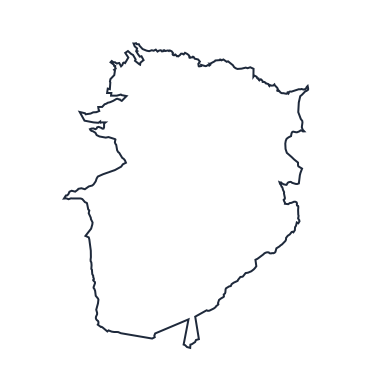 Acajete, Veracruz, Mexico, rotated 173°
{"feature_id": "50627088B80053246551902", "entity_name": "Acajete", "entity_type": "district", "adm_level": 2, "iso_a3": "MEX", "parent_name": "Mexico", "parent_adm1": "Veracruz", "projection": "robinson", "projection_center": [-97.045, 19.566], "detail": "fine", "context": "isolated", "style": "outline", "palette": "slate", "viewbox_px": 384, "rotation_deg": 173, "n_neighbors": 0, "source": "geoboundaries", "source_scale": "gbopen_adm2", "svg_char_len": 5975}
<svg xmlns="http://www.w3.org/2000/svg" viewBox="0 0 384 384"><g transform="rotate(173 192 192)"><path d="M288.7,63.2L286.6,62.6L282.4,62.0L279.8,60.5L249.4,51.4L246.7,52.4L246.9,54.0L245.8,56.1L211.0,66.0L218.9,41.6L217.6,40.9L215.8,38.7L212.8,37.5L212.2,40.7L210.6,41.0L207.2,42.7L206.1,44.6L203.1,45.1L204.0,67.9L191.9,72.8L190.7,72.1L189.2,72.1L184.6,73.7L182.7,74.8L182.0,75.7L180.1,76.8L179.5,77.4L179.8,78.4L178.3,81.6L176.2,82.8L173.4,84.0L173.0,84.6L173.0,86.4L171.6,87.3L171.1,88.4L170.5,91.4L169.9,92.3L166.6,93.8L165.0,93.9L163.9,95.7L161.7,96.9L157.6,98.2L156.9,99.3L154.3,101.8L152.7,101.7L151.7,102.0L148.7,105.0L146.2,105.1L142.8,106.1L140.1,107.7L138.6,109.0L137.2,110.5L137.3,117.0L135.2,117.7L128.9,121.3L127.6,122.3L126.2,122.8L124.8,123.0L123.2,122.7L122.5,121.8L121.1,121.4L119.9,121.6L118.9,121.3L117.5,121.6L116.5,122.4L115.1,125.8L111.7,127.4L110.7,128.2L109.2,128.9L105.3,132.0L104.5,133.3L104.2,135.0L102.3,136.9L100.1,138.0L98.0,140.1L97.2,140.3L96.3,139.6L94.6,141.5L94.0,144.5L92.9,145.8L91.7,149.0L90.3,148.0L88.9,149.8L89.0,151.1L89.4,151.5L89.7,152.5L89.6,153.1L89.8,153.2L89.1,155.3L89.3,156.4L88.9,161.0L88.3,164.2L88.4,165.2L89.4,165.8L89.5,166.7L89.2,168.0L89.5,169.0L90.5,169.7L92.0,169.9L94.6,169.1L96.3,169.1L98.0,168.2L101.2,169.0L101.0,169.8L101.9,172.4L101.9,173.2L101.0,173.6L100.5,174.6L100.9,179.4L100.6,180.6L101.5,183.3L101.6,184.8L102.0,186.0L102.4,186.3L102.8,188.0L103.6,189.3L103.9,190.9L103.3,190.5L102.9,190.7L102.4,190.6L102.2,190.1L100.2,188.5L97.9,187.7L97.3,187.6L95.8,189.5L94.9,189.9L93.2,190.1L92.2,189.7L91.5,188.9L88.1,187.4L86.7,187.1L84.9,187.5L82.9,195.5L82.0,197.8L79.9,201.8L83.3,204.5L83.5,205.7L83.2,208.3L86.7,211.9L88.7,214.4L93.1,219.3L93.9,223.3L93.5,228.7L92.7,231.4L91.6,233.3L89.5,234.5L86.9,235.4L86.1,238.0L85.3,239.2L84.3,239.6L81.4,238.6L80.4,238.5L78.1,239.1L76.6,239.9L75.3,239.4L74.5,238.6L73.2,238.5L74.6,240.4L75.1,243.0L73.9,247.5L73.9,249.1L75.1,251.2L76.8,258.3L75.1,267.8L72.9,273.9L71.0,275.1L67.3,278.1L66.0,278.4L64.3,279.4L64.1,280.6L64.3,283.1L65.3,282.3L66.0,281.2L67.1,280.3L68.9,280.1L70.7,280.9L72.1,280.7L73.4,281.0L81.1,279.5L82.5,279.8L84.1,279.2L84.0,278.2L84.4,277.8L85.2,278.9L85.6,278.2L86.4,278.0L89.5,279.0L90.7,279.1L92.0,279.9L93.2,281.8L93.9,281.6L95.0,282.1L95.0,282.6L94.2,283.4L94.7,285.0L96.9,287.9L97.1,288.7L98.4,287.8L100.2,287.9L101.5,288.6L102.2,287.7L102.7,288.4L102.7,289.3L103.2,289.9L105.6,290.9L105.7,291.5L106.8,292.4L108.3,292.6L108.2,293.0L109.2,294.7L109.7,294.9L110.0,295.5L111.1,295.2L111.6,294.6L111.8,294.8L112.2,296.5L112.7,296.3L113.5,297.2L113.8,298.5L116.0,300.0L117.0,298.9L115.9,306.8L119.0,308.7L121.7,308.1L123.5,308.9L127.7,308.4L131.9,308.6L133.7,309.6L135.1,311.0L135.9,312.8L140.3,317.3L141.7,317.0L144.7,319.7L146.6,319.1L147.4,319.9L148.0,320.0L148.2,319.5L152.8,319.7L153.5,319.0L158.4,317.1L158.9,317.2L158.3,316.1L159.5,315.3L160.7,316.1L162.4,315.3L163.4,315.3L167.1,316.9L166.9,316.4L167.4,315.9L169.7,315.8L170.0,316.1L170.1,318.4L168.3,320.5L169.8,322.8L173.1,324.0L173.9,325.8L174.6,326.2L175.5,325.5L176.7,325.8L177.6,325.4L178.1,325.6L178.3,326.6L178.0,327.0L178.4,328.0L179.8,329.5L182.0,331.0L183.5,329.6L184.9,330.5L186.0,330.6L187.4,329.3L189.2,328.3L189.6,328.7L190.4,328.6L191.7,330.5L192.3,330.4L192.7,329.9L193.6,330.0L194.3,330.5L194.5,331.3L193.9,332.2L195.0,334.1L196.4,335.0L197.1,335.2L197.7,334.7L198.6,335.4L201.3,335.2L202.2,336.1L203.0,336.1L203.1,335.3L204.7,335.2L205.7,336.5L207.4,336.4L209.1,335.6L210.6,337.7L212.8,336.9L214.7,337.6L217.4,337.0L219.8,337.8L223.6,339.9L226.2,343.5L226.7,345.1L228.9,345.5L229.4,346.5L230.7,346.3L231.9,346.5L231.1,343.5L229.0,341.2L229.9,339.2L229.2,338.6L230.1,338.3L228.9,335.6L227.3,332.7L225.6,332.9L224.0,328.8L227.4,326.7L228.0,324.7L228.6,325.1L232.6,329.2L231.8,330.5L233.8,335.2L235.5,336.4L238.4,339.7L241.3,338.2L238.8,333.2L242.7,328.1L243.7,328.8L244.6,328.5L245.7,326.5L247.1,325.4L248.5,328.9L251.1,328.7L252.7,330.2L254.1,330.3L255.7,331.8L257.0,330.7L254.1,327.9L253.9,326.6L252.9,326.4L253.1,325.2L252.7,323.8L254.4,322.8L253.7,321.9L254.9,317.5L259.2,314.0L260.0,311.5L259.7,310.8L261.0,304.1L263.0,304.9L264.2,300.6L260.0,300.1L260.6,297.5L254.8,296.8L250.7,297.4L250.2,296.8L245.3,295.2L250.6,291.0L251.9,291.9L252.4,292.7L253.2,292.8L254.6,293.6L255.6,293.6L259.0,292.1L262.4,291.1L265.0,290.8L265.9,290.2L268.1,289.7L270.8,287.4L274.7,287.8L274.7,285.9L274.2,283.7L277.2,282.9L280.4,283.1L283.1,282.2L288.1,282.1L288.6,283.2L293.7,285.1L290.0,275.9L281.3,273.1L276.5,272.1L274.6,273.1L274.7,272.2L274.4,271.9L273.1,272.1L269.4,271.6L270.9,270.7L271.4,266.9L272.1,265.7L273.3,265.8L273.9,266.5L276.7,268.0L278.2,267.8L279.0,266.6L280.2,266.1L282.0,267.1L284.1,267.2L285.6,266.8L285.1,265.6L284.1,264.8L282.8,264.3L280.6,262.5L279.7,260.1L277.1,258.4L271.0,256.5L268.2,256.7L262.0,253.9L261.6,253.5L262.5,250.8L262.2,249.3L261.5,248.1L261.2,242.5L260.4,240.6L259.5,239.8L257.1,234.4L255.8,233.3L254.7,231.6L254.0,229.1L257.3,227.9L259.2,225.8L265.7,223.2L278.0,220.5L283.6,218.8L285.0,217.0L286.3,214.3L288.7,211.6L290.2,210.6L293.7,210.1L298.0,207.8L301.3,209.2L304.4,209.0L305.1,208.2L307.9,206.6L311.3,207.9L313.6,207.2L315.1,204.7L316.6,203.8L317.6,203.9L319.9,201.1L317.6,201.0L315.4,199.9L313.1,200.4L303.2,199.1L301.7,198.3L299.5,195.0L297.8,194.0L297.6,193.6L297.1,187.3L296.2,186.2L297.1,183.5L295.6,178.8L295.6,177.3L294.4,173.9L294.9,171.9L296.6,167.9L303.1,161.4L300.0,159.5L299.7,157.5L299.6,146.1L300.3,139.6L300.9,137.2L301.0,135.6L300.5,134.4L300.6,131.6L301.3,127.9L300.8,127.1L301.0,122.7L300.3,120.9L300.4,119.3L300.0,118.2L300.1,117.2L300.7,116.9L300.8,116.3L299.3,114.3L299.4,113.3L301.3,109.5L301.3,108.6L300.8,107.9L300.2,105.7L300.2,100.7L298.3,97.7L298.0,96.6L298.9,92.9L301.4,86.8L300.9,83.6L301.1,82.2L302.5,79.9L302.8,78.7L302.7,77.7L302.1,76.5L301.0,75.4L300.7,74.3L301.0,72.7L301.7,71.8L298.8,69.1L298.2,69.2L297.2,68.4L293.0,63.9L291.7,64.8L288.7,63.2Z" fill="none" stroke="#1e293b" stroke-width="2"/></g></svg>